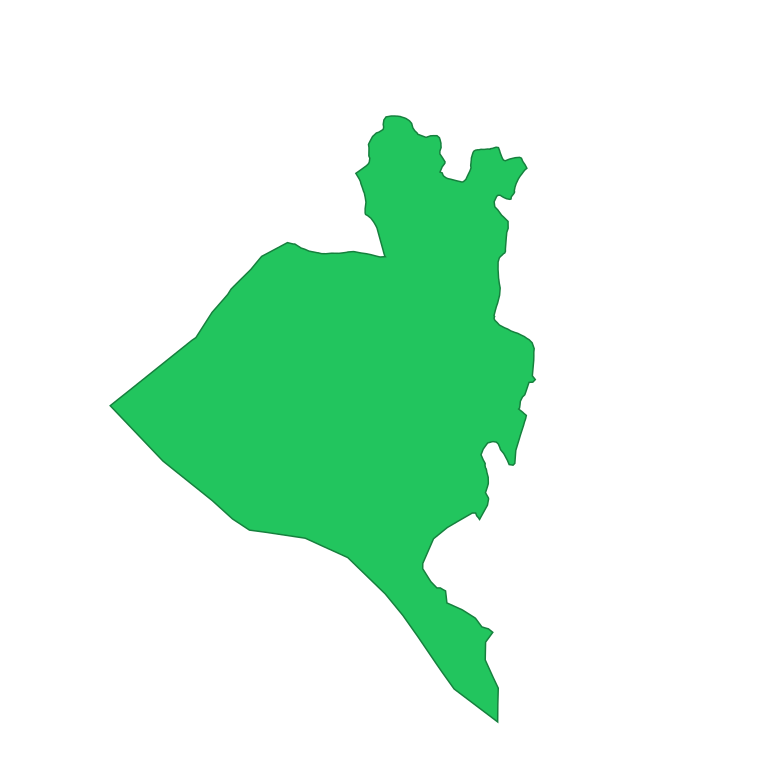 Al-Dilingat, Al Buhayrah, Egypt, rotated 24°
{"feature_id": "37247803B72725893374762", "entity_name": "Al-Dilingat", "entity_type": "district", "adm_level": 2, "iso_a3": "EGY", "parent_name": "Egypt", "parent_adm1": "Al Buhayrah", "projection": "equal_earth", "projection_center": [30.518, 30.81], "detail": "fine", "context": "isolated", "style": "filled", "palette": "green", "viewbox_px": 768, "rotation_deg": 24, "n_neighbors": 0, "source": "geoboundaries", "source_scale": "gbopen_adm2", "svg_char_len": 5606}
<svg xmlns="http://www.w3.org/2000/svg" viewBox="0 0 768 768"><g transform="rotate(24 384 384)"><path d="M261.0,556.8L274.3,560.3L300.5,568.9L320.5,572.2L335.1,567.9L374.8,556.9L394.4,557.1L421.5,557.3L436.2,562.7L470.4,575.2L495.3,587.7L513.1,598.3L517.5,600.9L537.8,613.5L544.9,617.9L554.6,623.8L572.1,634.1L625.3,646.5L618.3,630.4L612.1,615.4L602.9,607.5L588.7,594.9L581.8,578.5L584.4,566.6L582.5,566.1L579.0,565.2L576.3,565.6L572.2,566.1L563.0,560.9L562.5,560.7L551.7,559.1L547.5,558.5L530.5,558.4L526.7,551.9L525.2,549.4L524.4,548.0L521.6,547.8L518.4,547.4L515.3,548.8L508.9,546.2L507.2,545.5L504.6,543.8L494.5,537.0L492.4,532.1L492.2,505.2L500.2,489.4L506.4,480.7L517.1,466.0L520.2,464.6L522.3,466.7L525.1,468.0L525.7,468.5L526.4,468.9L526.6,466.3L526.9,462.9L527.5,456.0L527.8,452.7L527.7,452.2L527.4,451.0L526.3,446.5L525.7,445.6L524.1,444.4L522.6,443.3L520.9,442.0L520.6,438.8L520.2,435.2L519.9,433.3L519.9,432.9L519.2,431.2L518.0,428.7L517.1,426.8L513.7,422.6L512.9,421.3L512.3,420.5L511.8,419.9L510.6,419.1L510.1,418.2L509.4,417.3L509.0,416.2L508.7,415.4L505.3,412.8L503.2,410.8L501.4,409.2L501.3,406.4L501.1,403.2L501.8,399.7L502.7,395.7L505.0,393.8L505.3,393.5L506.3,392.7L507.2,392.2L509.5,391.6L510.3,391.4L512.8,392.3L515.2,394.5L517.2,396.6L521.6,398.8L523.1,399.9L526.4,402.5L527.6,403.4L529.0,404.7L531.1,406.7L534.3,405.8L534.9,405.7L535.8,403.3L534.8,400.5L532.5,394.1L531.4,391.0L529.9,378.9L529.4,375.2L529.3,374.3L528.4,365.7L528.3,364.8L527.7,361.0L527.7,360.1L527.5,358.1L526.8,354.8L525.4,354.4L523.9,354.0L522.3,353.4L517.2,352.1L517.6,350.8L516.7,347.7L515.6,344.3L515.7,341.8L515.8,339.5L517.0,336.6L516.7,332.7L515.8,323.5L519.2,321.8L520.4,318.4L516.2,316.2L511.2,301.6L509.5,297.5L508.5,295.3L507.8,293.7L507.4,292.4L506.8,290.6L502.6,286.1L498.5,284.5L495.8,284.2L493.0,283.6L489.4,283.5L485.6,283.3L482.3,283.7L481.8,283.7L478.4,283.9L474.9,283.5L474.1,283.5L471.4,283.6L469.6,283.5L465.4,283.2L463.2,282.2L462.3,281.8L459.3,280.7L457.7,279.1L457.6,277.3L456.7,276.9L455.7,271.1L455.5,269.5L455.3,268.6L455.0,265.4L454.9,264.0L453.5,255.9L451.1,249.1L448.2,244.9L446.4,241.9L445.6,240.7L443.4,236.4L443.0,235.6L441.6,233.0L438.6,226.1L438.1,222.2L438.1,221.6L438.6,220.1L439.4,218.4L440.2,216.3L441.0,215.2L441.0,213.5L440.0,211.3L436.0,200.1L435.4,198.2L434.5,195.7L434.3,193.6L434.1,191.3L432.0,186.8L431.2,185.0L430.1,184.6L428.7,184.1L426.7,183.3L424.8,182.6L424.1,182.4L422.7,181.9L418.9,179.7L417.2,178.7L415.5,178.0L413.1,177.0L410.5,172.7L410.6,166.8L411.3,165.3L413.4,164.3L414.5,164.5L416.4,164.8L418.0,164.9L418.7,164.9L420.6,164.9L423.9,164.1L424.8,163.3L424.4,162.1L424.2,161.1L425.2,157.0L425.2,155.4L424.5,154.7L424.0,152.6L423.6,150.9L423.4,148.9L423.2,147.1L423.3,144.5L423.3,142.8L423.3,142.2L423.6,140.1L423.7,139.2L424.0,137.9L424.5,136.0L425.0,133.6L425.6,131.3L426.8,128.8L423.5,126.2L422.0,125.3L420.7,124.5L420.0,124.0L419.5,123.5L417.7,121.8L415.7,121.8L414.4,122.5L413.1,123.2L412.0,123.8L410.0,125.3L407.4,127.3L405.5,129.2L404.1,130.7L402.1,130.9L400.4,129.7L399.5,128.9L398.7,128.1L398.2,127.6L396.3,125.7L395.5,124.8L394.8,123.9L393.9,123.0L392.4,121.5L391.1,121.8L390.1,122.1L388.7,123.3L387.3,124.6L386.0,125.4L385.3,125.9L385.3,126.5L383.4,127.0L381.9,127.9L380.4,128.8L378.6,129.6L377.1,130.2L375.5,131.4L374.2,132.0L372.5,133.2L371.4,134.7L371.2,136.1L371.4,138.2L371.9,142.0L372.8,144.3L372.9,144.8L373.5,146.5L374.3,149.1L375.6,151.2L375.8,153.7L375.8,155.5L375.7,157.6L375.6,161.5L375.6,163.7L375.3,164.5L374.5,166.3L374.0,167.1L373.1,167.8L372.5,167.9L371.1,168.1L369.3,168.5L366.5,169.0L365.9,169.1L362.2,169.7L361.1,169.9L359.8,170.2L358.6,170.4L358.1,170.4L357.6,170.4L356.8,170.4L354.0,169.8L353.5,169.5L352.4,168.7L351.4,167.5L348.9,167.6L348.9,166.0L348.9,163.7L348.8,162.1L349.0,161.3L349.6,158.6L349.8,157.5L349.3,156.1L348.1,155.4L347.6,155.0L345.2,153.4L342.8,151.9L341.4,151.0L340.3,148.5L340.0,144.8L338.6,142.1L338.1,140.9L336.7,139.1L336.2,138.4L334.8,136.9L334.5,136.5L331.4,135.6L330.8,135.9L329.0,136.7L328.4,136.9L325.5,138.4L325.0,138.9L322.1,141.6L313.3,142.1L312.7,141.6L312.1,141.2L309.0,140.1L306.1,138.2L303.6,135.1L303.3,134.7L300.2,133.2L298.6,132.9L296.0,132.5L294.3,132.6L291.0,133.0L290.2,133.0L287.2,133.9L285.5,134.6L284.8,134.8L282.1,136.0L281.5,136.3L277.2,139.2L276.8,141.4L276.5,142.8L277.7,147.2L279.2,149.4L279.7,151.8L277.9,154.5L276.8,156.1L274.9,157.8L273.5,161.2L272.9,162.5L272.7,165.1L272.5,168.0L272.4,170.0L272.4,171.5L274.1,174.1L275.2,176.6L276.0,178.5L277.4,181.8L279.2,183.5L280.3,187.3L280.2,189.1L279.2,191.7L276.5,196.4L275.8,197.6L274.8,199.3L272.6,203.0L278.3,207.0L280.2,208.7L281.2,210.1L282.1,211.1L283.4,212.4L284.9,214.0L287.3,216.7L288.0,217.1L290.9,221.1L293.6,225.3L295.5,231.6L296.1,232.9L297.2,235.4L298.2,236.6L299.5,236.7L301.0,236.9L303.1,237.5L304.4,237.8L305.9,238.6L308.9,240.3L311.9,242.5L314.1,244.3L314.6,244.9L315.5,246.0L320.5,252.1L322.7,254.8L328.5,261.8L330.3,264.1L332.3,266.4L332.6,266.9L333.3,267.2L328.7,269.6L324.9,270.3L319.3,271.2L314.7,272.2L310.3,273.5L308.7,273.9L303.0,275.2L302.1,275.5L297.3,278.1L296.5,278.8L293.3,280.8L289.8,282.9L282.8,285.9L278.0,288.6L274.7,290.0L273.7,290.4L270.6,290.9L269.8,291.2L265.7,292.1L264.6,292.4L261.3,293.1L256.8,293.1L253.0,293.5L247.0,292.6L246.5,292.5L245.6,292.4L244.3,293.0L242.2,293.4L238.3,294.1L224.6,311.7L220.3,317.2L218.4,323.9L215.8,333.4L214.5,336.8L213.7,338.8L210.4,347.2L207.2,355.5L205.7,359.5L204.8,365.8L201.8,375.6L197.8,388.5L193.3,418.1L190.7,422.3L151.9,497.5L147.6,505.7L142.7,515.2L213.4,544.3L231.2,549.0L261.0,556.8Z" fill="#22c55e" stroke="#15803d" stroke-width="1.5"/></g></svg>